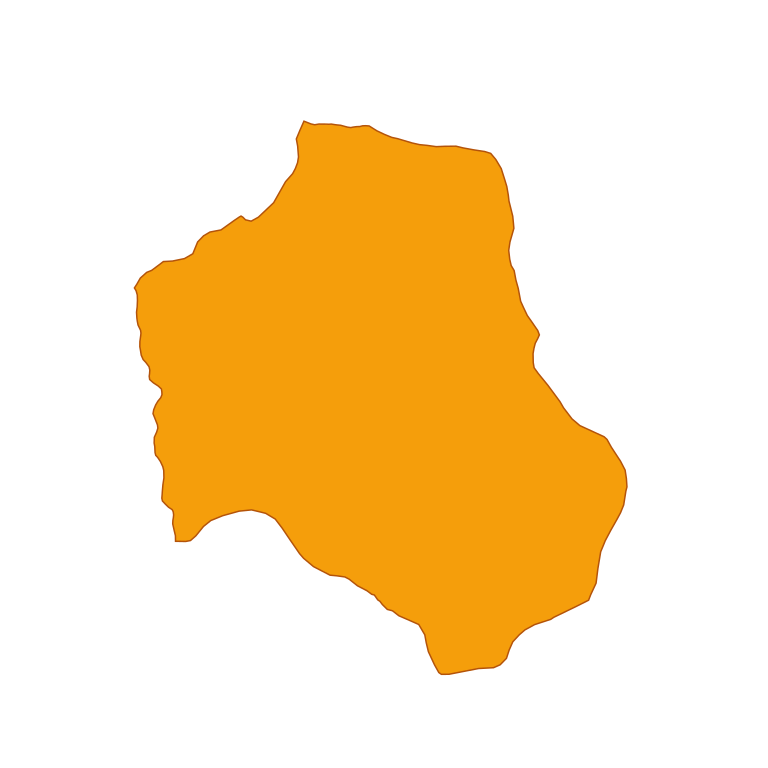 Chaskhar, Mongar, Bhutan, rotated 200°
{"feature_id": "84629894B11723980305793", "entity_name": "Chaskhar", "entity_type": "district", "adm_level": 2, "iso_a3": "BTN", "parent_name": "Bhutan", "parent_adm1": "Mongar", "projection": "natural_earth1", "projection_center": [91.37, 27.254], "detail": "fine", "context": "isolated", "style": "filled", "palette": "amber", "viewbox_px": 768, "rotation_deg": 200, "n_neighbors": 0, "source": "geoboundaries", "source_scale": "gbopen_adm2", "svg_char_len": 3039}
<svg xmlns="http://www.w3.org/2000/svg" viewBox="0 0 768 768"><g transform="rotate(200 384 384)"><path d="M526.1,164.9L516.5,168.2L512.3,170.7L508.9,176.9L504.9,188.4L500.1,196.4L490.5,205.1L476.6,215.0L465.4,220.4L455.9,221.5L450.9,222.0L440.0,219.9L430.5,213.8L419.2,205.6L405.3,195.7L399.9,192.7L387.8,188.3L378.7,187.1L369.3,185.9L362.8,187.6L354.8,189.3L350.1,188.7L339.9,185.3L329.3,183.9L323.7,182.2L320.9,182.4L316.0,179.0L313.5,178.4L310.1,176.2L303.8,173.3L298.5,173.8L290.8,171.3L284.1,170.9L274.7,170.3L269.1,169.9L259.9,162.3L255.8,155.3L250.7,147.6L240.5,137.4L233.8,131.6L230.8,130.8L223.6,133.5L197.8,149.0L184.0,154.9L178.8,159.9L175.1,168.1L175.4,176.9L174.8,185.8L171.1,194.6L167.5,201.1L160.2,209.4L146.8,219.9L144.6,222.9L127.9,240.1L117.8,250.8L117.7,256.6L116.6,269.4L119.9,283.8L123.0,300.5L122.7,306.9L122.5,312.4L120.9,323.9L118.8,336.4L117.7,343.9L117.4,352.3L120.1,366.2L120.5,370.4L123.9,378.1L128.0,385.6L135.4,392.4L138.4,394.6L148.8,402.4L155.5,408.2L159.1,409.7L185.7,411.9L195.4,415.5L207.1,423.0L212.6,427.6L229.5,438.8L242.6,446.6L248.5,450.6L251.1,455.2L254.3,463.5L255.3,468.9L255.8,474.0L255.1,479.3L254.8,483.3L257.8,486.8L267.2,493.5L272.7,497.3L279.2,503.7L283.9,508.5L290.6,519.8L295.6,526.8L300.5,535.1L305.0,538.8L308.5,544.2L312.5,552.2L314.2,560.5L314.9,570.5L315.2,574.7L317.2,579.0L320.4,585.7L325.1,592.7L329.1,598.6L331.8,604.0L336.1,611.5L340.5,617.4L347.5,626.5L355.7,633.2L362.6,637.2L368.9,636.9L379.3,634.8L390.5,632.9L397.7,632.1L408.3,628.1L416.1,624.9L425.0,623.0L432.4,621.1L440.1,620.1L455.1,619.2L461.0,618.4L469.0,618.7L477.4,619.5L486.2,621.4L489.7,620.4L492.4,619.3L494.9,617.6L497.5,616.6L500.8,614.9L502.9,613.6L506.1,612.9L508.3,612.7L510.7,612.5L513.2,612.3L517.1,611.3L519.4,610.8L522.5,610.2L524.7,609.2L526.7,608.6L529.3,607.7L532.0,606.7L533.9,606.1L537.8,603.9L541.6,603.4L549.1,603.6L549.8,593.3L550.2,584.3L546.5,578.0L542.0,568.1L540.9,562.3L541.0,556.1L541.8,550.4L545.7,540.5L549.7,516.6L559.1,497.8L564.5,491.6L570.3,490.9L573.7,492.5L575.8,492.9L577.1,491.4L580.3,487.0L584.9,480.3L589.9,473.0L599.5,467.3L604.2,461.6L607.7,453.8L608.2,441.0L614.4,433.6L624.8,427.2L633.2,423.6L636.8,418.0L641.2,411.3L645.2,407.7L649.2,400.2L650.4,393.2L651.4,388.9L648.9,386.9L646.3,383.3L644.3,378.3L642.3,372.0L641.1,366.8L638.8,361.5L637.4,358.8L635.3,355.3L631.1,351.2L629.8,348.7L629.2,346.4L627.9,340.4L626.2,335.5L624.5,332.6L622.0,328.1L618.7,324.6L615.3,322.9L610.7,319.9L608.8,316.9L607.8,313.4L607.3,311.0L605.7,308.0L601.0,306.2L595.5,304.9L591.5,303.2L590.1,300.7L589.0,298.1L589.1,294.8L590.6,290.5L591.4,286.2L591.6,281.0L590.9,277.1L588.0,273.9L582.9,268.1L581.4,265.2L581.2,261.1L581.6,255.4L579.8,249.9L578.0,246.8L575.7,241.3L574.1,238.9L571.7,237.7L567.6,234.7L563.6,230.7L561.4,227.4L558.7,220.5L557.3,213.7L555.6,207.4L554.8,204.7L553.7,200.7L552.2,198.3L548.5,196.4L544.3,194.5L540.1,193.5L538.4,191.9L536.9,189.0L536.2,186.2L535.7,183.5L534.7,180.3L530.8,174.2L528.1,170.1L526.1,164.9Z" fill="#f59e0b" stroke="#b45309" stroke-width="1.5"/></g></svg>